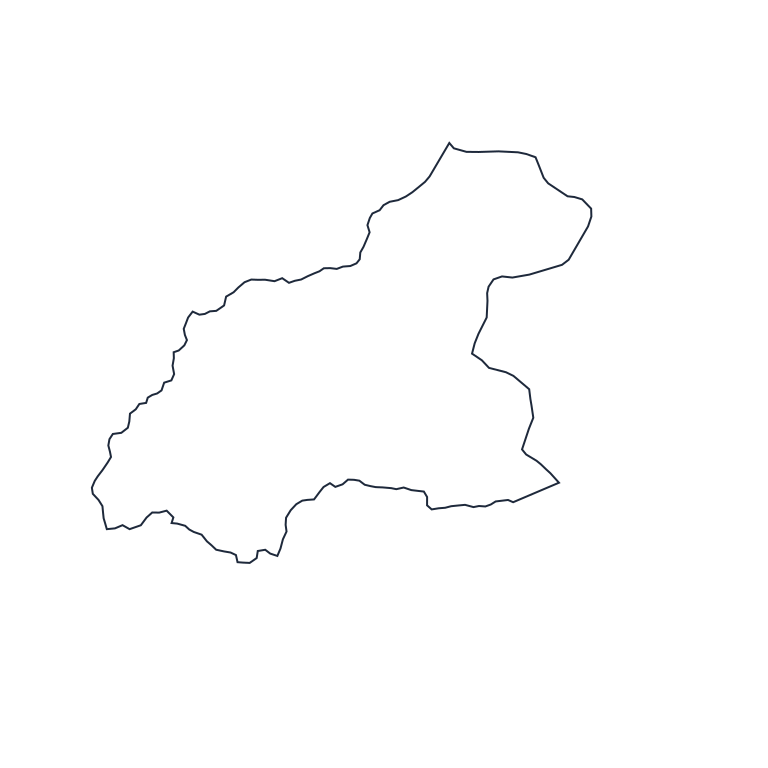 outline of Moreilândia, Pernambuco, Brazil, rotated 33°
{"feature_id": "56859067B7731358809520", "entity_name": "Moreilândia", "entity_type": "district", "adm_level": 2, "iso_a3": "BRA", "parent_name": "Brazil", "parent_adm1": "Pernambuco", "projection": "mercator", "projection_center": [-39.529, -7.615], "detail": "fine", "context": "isolated", "style": "outline", "palette": "slate", "viewbox_px": 768, "rotation_deg": 33, "n_neighbors": 0, "source": "geoboundaries", "source_scale": "gbopen_adm2", "svg_char_len": 2625}
<svg xmlns="http://www.w3.org/2000/svg" viewBox="0 0 768 768"><g transform="rotate(33 384 384)"><path d="M488.1,306.7L479.9,307.7L463.3,313.3L453.1,310.8L441.3,310.6L437.9,300.5L435.9,290.4L433.9,272.3L425.5,257.9L421.0,251.6L418.7,245.4L418.9,236.6L424.4,229.5L433.7,224.8L446.3,213.1L468.4,187.1L471.2,179.2L469.3,140.7L466.7,130.6L462.2,124.1L449.7,121.2L441.8,123.5L435.7,126.6L412.4,126.3L405.6,124.1L395.0,116.5L387.6,111.3L378.1,113.6L370.2,116.7L353.2,126.6L337.1,137.8L326.7,144.4L314.2,148.3L307.5,146.3L309.2,185.1L308.3,192.2L305.5,201.0L303.3,207.8L300.2,214.9L295.7,222.1L289.5,228.1L286.2,234.3L285.7,240.6L281.4,247.3L281.7,252.5L283.6,259.8L289.3,264.6L290.6,271.4L292.1,280.1L292.5,286.6L295.7,292.6L295.2,297.8L291.5,303.4L285.6,307.9L281.7,313.2L275.8,316.1L270.5,319.7L268.5,324.6L265.3,329.1L261.4,335.0L257.6,341.5L253.0,346.0L249.2,350.9L241.0,350.7L236.2,357.4L227.3,361.4L222.0,365.0L215.8,368.7L211.6,374.6L209.3,382.3L207.9,389.0L204.0,396.7L207.1,405.2L203.5,414.0L198.4,417.9L195.6,422.8L191.4,426.4L184.1,427.5L183.5,434.9L184.9,441.4L186.0,446.8L190.3,451.3L194.8,454.5L195.5,460.3L193.6,467.7L190.3,471.9L193.7,476.8L196.7,483.8L202.6,490.0L203.7,496.8L198.9,502.6L200.9,510.5L198.9,515.5L195.6,519.4L193.3,524.1L194.8,529.4L189.7,534.0L189.6,540.4L187.1,547.2L190.8,554.1L193.0,560.2L190.3,568.0L183.8,573.6L183.8,579.8L186.3,585.7L191.0,590.0L194.8,593.9L195.0,600.4L194.8,609.4L194.2,617.4L194.2,622.8L195.5,630.1L199.6,634.7L207.7,636.7L214.4,639.8L218.6,645.1L222.0,649.3L226.1,652.8L230.6,656.7L237.0,651.6L241.6,644.8L249.7,644.3L257.0,634.9L257.6,625.3L259.6,618.0L265.5,614.3L270.7,608.6L280.0,610.6L281.6,616.3L286.6,613.7L294.5,611.2L299.9,612.1L305.0,611.7L313.1,609.7L321.2,612.4L327.1,613.2L333.5,614.4L341.1,611.5L347.1,608.9L353.0,608.1L358.2,613.2L363.0,610.6L368.8,607.2L372.0,599.3L369.1,592.8L374.7,587.7L380.9,588.2L388.2,586.3L386.8,578.4L383.8,569.3L382.6,560.8L378.2,555.7L374.7,549.5L374.5,540.7L375.9,532.6L379.0,526.3L382.9,522.9L388.2,518.9L388.8,509.6L389.4,503.3L392.7,496.6L399.2,496.8L403.9,490.7L405.9,483.8L411.0,480.7L416.0,478.5L422.7,479.0L428.3,477.0L433.2,475.0L439.3,471.4L446.8,467.4L451.6,465.5L456.9,460.1L464.7,458.1L471.2,454.9L476.0,452.5L481.7,455.3L486.2,462.3L492.3,463.2L497.6,458.4L502.7,454.5L506.9,449.9L512.5,445.4L517.8,441.2L526.1,438.5L530.1,434.6L535.7,431.5L539.2,426.9L541.6,421.7L551.2,413.7L556.7,412.8L584.5,371.5L572.1,368.2L566.6,367.3L559.3,365.9L553.7,365.3L541.6,365.7L535.4,363.7L529.9,342.6L527.6,331.0L519.5,321.8L515.0,316.9L508.6,309.3L497.6,307.9L488.1,306.7Z" fill="none" stroke="#1e293b" stroke-width="2"/></g></svg>